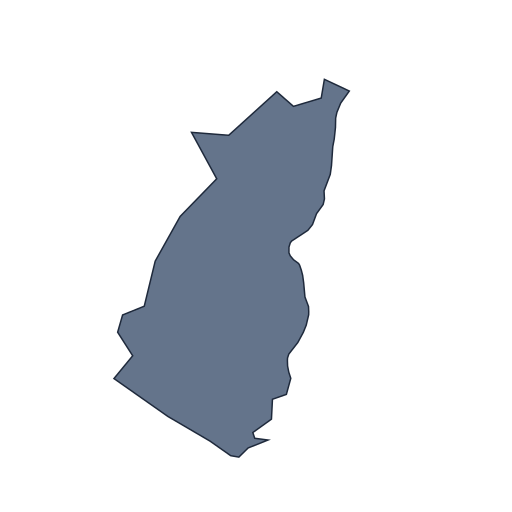 outline of Pleasants, West Virginia, United States of America, rotated 131°
{"feature_id": "52423323B68684722164969", "entity_name": "Pleasants", "entity_type": "district", "adm_level": 2, "iso_a3": "USA", "parent_name": "United States of America", "parent_adm1": "West Virginia", "projection": "robinson", "projection_center": [-81.188, 39.372], "detail": "fine", "context": "isolated", "style": "filled", "palette": "slate", "viewbox_px": 512, "rotation_deg": 131, "n_neighbors": 0, "source": "geoboundaries", "source_scale": "gbopen_adm2", "svg_char_len": 945}
<svg xmlns="http://www.w3.org/2000/svg" viewBox="0 0 512 512"><g transform="rotate(131 256 256)"><path d="M325.5,149.5L322.2,155.0L318.3,160.0L314.2,163.8L312.3,165.3L308.5,166.9L293.8,167.7L282.6,170.2L275.3,172.7L265.8,177.7L263.4,179.7L259.7,183.2L254.8,192.2L244.9,202.5L240.0,208.1L236.9,212.6L234.3,217.1L233.7,219.0L234.2,225.2L233.4,230.3L232.0,233.2L227.6,237.0L223.5,238.8L221.2,238.9L202.6,233.7L195.2,234.0L184.3,238.1L173.1,239.1L168.0,241.8L162.2,247.4L145.7,253.5L138.3,258.3L123.1,269.8L116.4,273.7L106.8,280.4L99.6,286.4L94.5,289.2L85.0,292.4L70.3,293.8L77.8,320.3L94.0,310.4L118.5,325.9L118.4,348.1L182.8,355.8L205.0,385.8L223.5,336.3L275.9,339.2L326.0,328.7L367.2,307.4L388.0,318.0L404.3,310.4L412.2,283.6L441.7,282.8L434.9,217.2L425.9,169.4L423.3,144.1L419.0,137.0L406.0,136.0L387.0,126.2L394.4,137.4L391.3,142.6L369.0,137.3L353.3,149.6L340.5,142.3L325.5,149.5Z" fill="#64748b" stroke="#1e293b" stroke-width="1.5"/></g></svg>